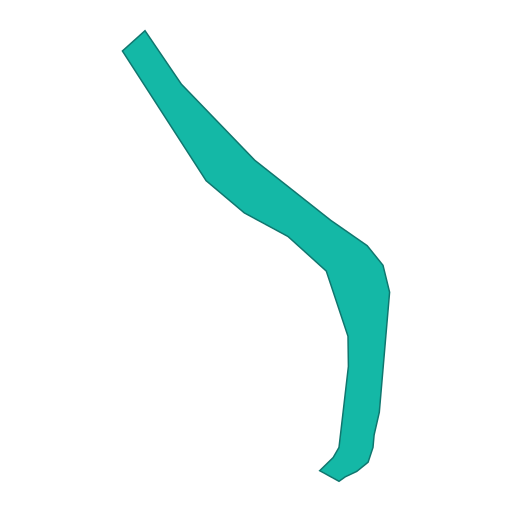 map outline of Central Eleuthera (Robinson projection)
{"feature_id": "BHS-5028", "entity_name": "Central Eleuthera", "entity_type": "District", "adm_level": 1, "iso_a3": "BHS", "parent_name": "The Bahamas", "parent_adm1": "", "projection": "robinson", "projection_center": [-76.183, 25.14], "detail": "fine", "context": "isolated", "style": "filled", "palette": "teal", "viewbox_px": 512, "rotation_deg": 0, "n_neighbors": 0, "source": "natural_earth", "source_scale": "10m", "svg_char_len": 428}
<svg xmlns="http://www.w3.org/2000/svg" viewBox="0 0 512 512"><path d="M145.0,30.7L181.3,84.1L254.8,160.3L330.7,220.3L367.2,245.7L383.0,265.3L389.6,292.2L379.3,412.3L374.1,435.0L373.0,447.4L368.1,462.2L356.9,471.3L345.3,476.8L339.0,481.3L319.7,470.7L333.2,457.5L339.0,447.4L348.4,366.5L348.0,336.3L326.3,271.1L288.0,236.5L244.3,212.9L206.1,180.7L122.4,51.0L145.0,30.7Z" fill="#14b8a6" stroke="#0f766e" stroke-width="1.5"/></svg>